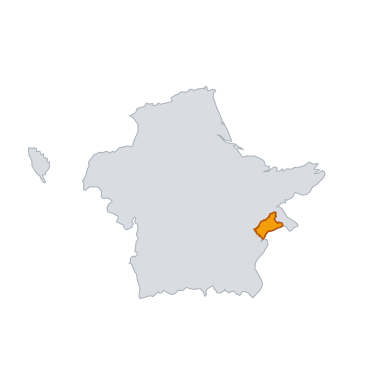 France, with Calvados highlighted, rotated 149°
{"feature_id": "FRA-5275", "entity_name": "Calvados", "entity_type": "Metropolitan department", "adm_level": 1, "iso_a3": "FRA", "parent_name": "France", "parent_adm1": "", "projection": "mercator", "projection_center": [-0.269, 49.094], "detail": "fine", "context": "in_parent", "style": "filled", "palette": "amber", "viewbox_px": 384, "rotation_deg": 149, "n_neighbors": 0, "source": "natural_earth", "source_scale": "10m", "svg_char_len": 5691}
<svg xmlns="http://www.w3.org/2000/svg" viewBox="0 0 384 384"><g transform="rotate(149 192 192)"><path d="M282.4,163.2L280.3,164.3L279.0,166.7L277.6,167.3L275.2,167.3L274.1,165.8L271.2,166.7L270.0,168.3L271.7,170.1L265.9,177.6L262.3,179.6L261.5,184.5L257.2,188.1L255.6,192.0L255.4,192.7L256.5,194.0L256.1,196.5L253.9,198.1L253.9,199.7L254.5,199.9L257.8,198.6L259.1,197.1L258.5,195.1L261.8,192.7L267.8,193.3L268.5,196.6L267.8,199.3L272.1,205.3L268.3,208.0L268.1,209.9L271.9,215.8L274.4,218.3L273.1,222.2L269.0,224.8L266.4,224.6L265.3,225.2L265.4,226.4L267.2,230.0L271.6,232.3L272.2,235.0L271.0,236.0L269.0,240.0L269.9,242.0L269.5,242.9L270.0,244.3L271.1,245.6L277.2,249.1L282.7,248.4L283.4,250.4L280.0,255.6L280.2,258.0L278.5,258.0L278.2,258.8L274.8,260.6L269.4,265.8L266.8,267.4L265.8,270.0L264.3,271.5L256.4,274.5L254.9,273.8L251.1,273.9L248.7,272.0L244.1,270.8L242.6,268.1L238.4,267.5L238.1,265.7L232.1,267.4L223.7,264.8L220.7,262.1L218.2,262.9L216.1,265.3L207.0,271.7L203.4,278.2L204.1,285.9L206.1,289.6L200.6,289.0L197.3,290.2L196.5,291.8L188.6,289.9L185.7,291.5L184.9,291.3L183.9,289.7L180.1,287.9L180.7,286.7L180.2,285.6L176.6,284.7L175.3,285.8L173.9,283.5L163.8,280.1L162.2,280.1L161.5,283.6L155.0,283.5L154.1,282.9L149.9,283.6L145.4,280.4L140.4,281.0L137.4,277.7L134.4,277.4L130.2,275.7L128.3,274.8L128.1,273.8L126.9,275.3L125.3,275.0L125.0,274.6L126.0,272.7L126.2,270.5L120.9,269.0L119.6,267.4L119.5,266.6L122.3,265.8L124.9,262.8L127.3,251.9L129.0,238.8L130.3,236.4L131.9,235.7L130.6,233.9L129.0,236.3L130.0,224.2L131.9,215.0L136.3,218.8L137.3,220.4L138.6,225.8L141.1,228.1L139.5,225.9L137.9,218.7L136.9,216.6L129.9,210.5L129.6,209.1L132.7,209.9L131.5,205.3L130.7,195.7L126.5,194.7L119.7,190.5L114.9,183.1L114.4,180.3L115.6,177.3L114.5,175.5L112.6,174.2L114.1,171.6L115.5,171.3L120.4,172.8L116.4,170.4L109.9,171.2L107.3,170.4L106.8,168.6L108.6,166.3L106.4,164.9L102.6,165.2L102.2,164.6L103.3,162.9L102.3,162.3L99.3,163.0L97.6,162.4L95.9,160.6L91.0,160.1L89.9,159.0L83.1,156.9L76.0,157.3L74.0,153.5L69.6,151.7L70.5,150.5L74.8,149.3L75.7,148.3L72.5,146.7L71.4,145.2L77.2,144.8L74.6,143.1L68.9,143.3L68.2,141.0L68.9,138.6L72.2,136.5L80.3,134.3L86.3,134.2L90.5,131.5L94.7,130.8L98.6,132.1L104.0,138.7L108.2,135.8L114.6,135.9L115.9,137.5L117.6,134.5L119.0,136.3L126.8,135.7L125.0,134.5L123.5,131.7L123.2,121.2L119.2,113.6L118.2,110.8L118.5,108.4L123.1,108.8L126.9,107.8L128.8,108.5L129.3,113.4L130.9,116.3L141.6,117.2L147.7,118.7L152.9,115.9L157.8,114.7L158.2,114.0L155.4,114.3L152.8,113.1L152.5,111.8L153.8,107.9L161.2,103.6L172.1,100.0L174.9,97.5L178.1,93.1L177.4,92.0L177.9,79.9L179.5,75.9L183.7,73.0L194.3,70.0L195.6,73.9L195.5,76.1L198.3,79.6L199.7,80.6L204.3,78.8L206.5,81.9L207.2,85.5L212.8,87.0L214.4,91.7L215.4,90.6L218.9,90.8L220.6,91.2L222.8,93.3L222.1,96.0L223.1,97.4L222.2,99.9L222.8,101.0L229.2,101.0L231.1,99.9L232.0,97.3L234.0,95.8L234.7,96.3L233.5,101.0L234.3,102.2L234.8,105.6L237.2,105.9L241.9,108.6L245.9,113.0L250.8,112.3L254.6,114.8L258.6,113.5L262.3,114.8L263.6,116.1L267.1,122.3L269.8,121.1L271.7,121.8L272.3,123.6L279.5,122.5L280.8,124.3L282.3,124.9L291.3,127.3L291.4,129.6L286.2,136.1L283.9,145.4L282.4,148.6L281.8,151.0L282.2,152.6L282.0,155.1L280.9,161.1L281.5,162.8L282.4,163.2ZM314.6,280.8L314.2,284.3L315.4,286.8L315.8,296.7L313.2,301.4L312.8,307.2L309.5,314.0L304.5,310.9L303.0,309.3L304.3,306.7L301.4,305.3L302.1,302.7L301.8,301.4L299.8,301.3L299.6,300.7L301.2,298.7L301.1,297.5L299.2,296.0L298.8,294.6L300.7,293.1L299.8,291.7L298.8,291.4L301.3,286.8L303.1,285.5L307.1,284.2L308.7,282.5L311.3,283.4L311.7,283.0L312.6,275.8L313.5,275.7L314.3,276.7L314.6,280.8ZM130.2,205.8L129.6,208.0L126.9,204.2L126.5,202.2L130.2,205.8Z" fill="#d9dde1" stroke="#a8b0b8" stroke-width="1"/><path d="M131.2,117.4L131.5,117.3L131.5,117.1L131.3,116.9L131.4,116.5L131.7,116.2L132.0,116.1L134.3,116.2L136.3,117.0L139.3,117.1L140.1,117.4L140.5,117.4L141.1,117.1L141.5,117.2L142.3,117.5L143.5,117.5L143.8,117.6L144.3,118.0L145.2,118.2L146.8,119.2L147.2,118.8L150.0,118.1L150.8,117.7L151.3,117.3L151.7,117.2L151.8,117.1L152.2,116.4L153.4,115.6L155.5,115.1L155.8,116.2L155.8,116.9L155.9,117.3L155.9,117.6L155.9,118.0L155.9,118.3L156.1,118.8L156.4,119.0L156.7,119.1L156.9,119.1L157.1,119.3L157.1,119.5L156.9,119.7L156.7,119.8L156.4,120.0L156.4,120.3L156.4,120.5L156.5,120.7L156.6,120.8L156.8,120.9L157.0,121.1L157.2,121.4L157.4,122.1L157.6,122.4L157.9,122.9L157.9,123.1L157.8,123.3L157.7,123.5L157.6,123.8L157.7,124.0L157.7,124.3L157.8,124.4L157.8,124.6L157.7,124.6L157.2,124.6L157.0,124.8L157.1,125.0L157.2,125.4L157.3,125.5L157.8,125.9L158.0,126.1L158.0,126.3L158.0,126.5L158.0,127.1L158.0,127.5L157.9,127.8L157.8,128.0L157.4,127.5L157.1,127.5L156.5,128.0L156.3,128.0L155.9,127.9L155.7,127.7L155.5,127.3L155.2,127.4L155.1,127.6L154.9,127.9L154.7,128.1L153.9,128.1L153.7,128.2L153.4,128.5L153.1,128.4L152.9,127.9L152.4,127.9L151.6,129.1L148.1,131.2L145.2,130.4L144.9,130.5L144.9,130.8L144.8,131.0L144.7,131.1L144.2,130.8L143.7,130.2L142.9,129.9L142.1,130.5L140.0,131.0L139.7,131.0L139.0,130.7L138.7,130.7L138.5,130.8L138.4,131.0L138.4,131.3L138.5,131.4L138.5,131.6L138.3,131.8L137.2,132.2L136.9,132.4L136.4,132.9L136.0,133.1L135.0,132.6L134.0,132.3L133.3,132.5L132.5,132.5L131.7,132.2L131.5,131.6L131.4,131.4L130.7,131.3L130.8,130.9L131.0,130.5L131.5,130.0L132.2,129.7L132.5,129.5L132.6,129.2L132.5,128.9L132.4,128.8L132.2,128.5L132.2,128.1L132.3,127.8L132.5,127.6L133.3,127.8L133.6,127.8L134.1,127.3L135.1,126.2L135.6,125.9L135.5,125.5L135.3,123.7L135.2,123.4L134.7,122.5L134.6,122.3L134.6,122.0L134.8,121.4L134.8,121.2L134.7,121.0L133.6,121.4L133.1,121.3L131.1,119.3L130.9,118.7L131.0,118.3L131.2,117.9L131.2,117.4Z" fill="#f59e0b" stroke="#b45309" stroke-width="1.5"/></g></svg>